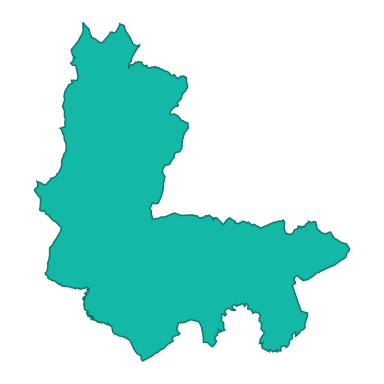 the district of Zipaquira, Cundinamarca, Colombia
{"feature_id": "7082276B49275138212053", "entity_name": "Zipaquira", "entity_type": "district", "adm_level": 2, "iso_a3": "COL", "parent_name": "Colombia", "parent_adm1": "Cundinamarca", "projection": "albers", "projection_center": [-74.018, 5.061], "detail": "fine", "context": "isolated", "style": "filled", "palette": "teal", "viewbox_px": 384, "rotation_deg": 0, "n_neighbors": 0, "source": "geoboundaries", "source_scale": "gbopen_adm2", "svg_char_len": 5882}
<svg xmlns="http://www.w3.org/2000/svg" viewBox="0 0 384 384"><path d="M310.3,222.6L308.6,221.3L308.2,222.6L306.4,223.6L304.1,227.1L303.4,227.2L303.0,226.3L301.3,227.9L300.7,226.5L299.5,227.1L298.9,226.2L298.0,226.3L297.8,228.6L294.3,230.0L292.9,233.2L289.6,234.6L287.1,233.5L286.3,233.8L285.1,231.5L284.1,228.8L284.6,221.9L283.2,220.0L281.3,221.1L279.0,221.0L275.0,222.5L274.5,222.1L260.8,228.1L253.8,224.3L252.4,225.4L248.2,222.1L247.1,223.1L246.2,222.2L242.6,221.2L240.7,222.9L240.3,222.4L238.2,223.7L235.2,223.0L235.4,221.7L229.4,217.8L226.4,220.3L223.4,224.7L216.5,217.7L214.7,217.8L213.6,220.0L212.9,219.3L212.9,218.1L209.3,215.2L207.1,216.1L206.1,215.6L203.0,217.9L202.0,217.3L200.1,218.4L196.6,215.7L194.1,215.6L192.8,214.9L181.7,215.5L174.3,213.0L165.0,217.0L161.2,217.0L157.9,218.5L152.3,219.1L152.0,215.7L151.2,214.9L151.3,210.9L149.8,209.0L152.4,202.9L155.2,203.8L157.3,203.5L158.4,202.7L161.3,196.1L163.2,189.4L163.5,183.1L165.0,176.5L162.6,173.3L162.5,169.8L164.8,165.4L168.6,164.7L169.9,163.8L172.2,159.4L174.0,157.7L174.5,154.1L175.4,152.7L179.2,151.9L180.8,150.0L181.9,147.6L182.1,141.6L184.3,133.4L188.3,127.8L187.9,122.9L185.8,122.6L183.4,120.9L181.2,120.2L178.6,116.6L175.5,114.4L173.1,114.0L170.8,114.8L170.0,114.2L170.2,111.8L171.1,110.4L175.1,106.4L177.3,106.2L178.3,105.5L177.2,102.8L181.1,98.8L182.5,93.9L185.3,91.1L187.7,87.0L186.3,80.6L186.4,77.7L183.6,76.0L180.7,76.4L178.0,78.6L175.4,76.5L174.6,74.9L173.9,74.7L173.0,75.6L170.9,75.2L169.0,72.7L167.1,71.4L164.1,71.0L162.6,69.3L161.7,69.6L158.7,67.7L156.3,67.8L156.2,67.0L155.0,66.5L154.1,67.4L152.5,67.0L150.0,67.9L147.6,67.5L146.6,65.3L145.1,66.0L142.8,65.0L141.8,62.4L140.1,61.8L137.8,61.7L136.5,62.7L135.6,62.2L133.4,64.5L129.8,65.2L128.6,68.8L129.0,63.3L131.2,61.2L132.0,57.1L137.2,48.3L139.2,46.4L139.6,45.0L136.5,46.1L133.0,44.1L129.6,36.7L125.0,30.0L124.3,25.7L119.7,23.8L119.9,25.1L116.1,31.7L114.2,33.0L112.1,32.1L110.5,32.3L108.6,35.6L102.1,42.8L99.2,42.2L95.7,39.3L91.2,37.2L91.4,36.1L90.3,34.7L88.9,28.9L85.1,25.6L83.8,23.3L82.9,23.0L83.2,31.3L82.1,34.1L77.6,42.1L71.2,49.9L72.6,55.4L74.9,57.4L73.2,58.1L73.4,59.7L72.5,62.0L71.1,62.5L70.8,63.5L72.9,65.3L74.8,65.2L75.9,65.8L78.1,76.6L77.2,80.5L71.6,80.2L71.4,81.0L72.7,82.9L68.8,84.9L65.1,91.2L64.1,95.7L64.1,97.5L64.9,98.7L62.6,106.5L64.6,111.3L64.4,116.3L65.5,119.3L64.8,122.7L65.2,126.6L60.3,128.3L61.3,128.8L61.9,131.2L63.0,132.2L62.5,133.5L64.0,135.2L64.3,139.8L65.8,142.7L66.4,147.6L65.4,152.3L63.6,154.5L63.7,156.0L61.7,160.2L61.7,165.9L58.8,172.6L56.9,174.1L56.1,176.2L53.9,177.6L50.6,178.5L50.3,180.6L48.2,181.7L47.3,183.8L43.9,184.8L41.4,183.1L37.1,181.5L37.8,183.6L37.8,186.7L35.2,188.8L34.5,190.5L38.5,196.2L40.2,197.5L40.6,201.9L39.8,210.2L42.4,211.5L44.3,210.2L46.0,214.0L48.1,215.0L53.6,221.1L54.9,221.1L61.4,227.7L60.4,231.6L56.5,238.3L53.5,242.6L52.8,244.7L49.6,247.9L49.6,255.4L48.8,260.3L47.8,262.4L47.8,267.9L46.6,272.2L45.2,273.1L45.5,274.6L47.8,275.9L47.9,277.9L48.4,278.4L52.6,280.7L54.5,280.7L58.4,284.0L59.5,284.4L60.8,284.0L61.0,285.3L61.7,285.9L70.2,286.9L71.9,287.8L73.6,287.7L74.9,288.7L78.2,287.9L78.8,288.8L81.5,289.1L82.5,288.2L83.8,288.4L87.4,287.3L89.1,288.5L88.6,289.3L87.4,289.1L87.0,289.5L87.2,290.3L88.9,291.1L88.0,292.7L86.8,292.1L86.4,293.4L85.3,292.8L84.9,293.4L86.0,294.9L87.2,294.6L84.6,296.7L85.3,299.1L84.4,299.4L83.4,297.6L82.8,298.7L84.4,301.1L83.9,303.4L84.6,304.3L83.7,305.3L84.3,305.8L84.7,309.4L88.6,312.0L88.0,312.7L87.5,311.8L86.8,312.7L87.1,314.2L88.4,314.7L87.7,314.8L87.8,315.8L89.3,316.7L90.5,316.4L90.6,315.5L91.9,316.1L92.0,316.6L90.8,317.8L91.3,318.3L92.9,317.1L92.5,318.7L91.7,319.5L93.2,319.5L93.9,318.8L94.0,320.1L96.9,320.8L97.4,322.1L99.1,322.5L99.6,321.9L101.9,323.1L102.9,322.1L107.3,324.7L108.1,324.6L108.0,323.8L109.2,324.7L109.3,325.3L111.6,326.2L113.0,332.2L115.4,334.5L116.8,334.4L118.9,335.8L124.1,336.9L129.9,340.4L134.6,350.4L137.3,353.7L141.0,355.8L141.4,359.4L142.5,361.0L152.3,355.8L155.1,353.4L157.7,352.4L159.4,350.6L164.1,348.1L167.0,344.8L173.1,341.1L172.1,337.8L174.5,336.1L178.5,334.9L179.9,333.4L178.7,332.9L177.2,330.4L177.0,328.1L178.0,325.0L177.9,323.0L184.8,322.4L189.8,319.9L192.3,320.0L199.0,321.8L201.5,326.8L203.2,336.0L203.5,342.4L207.4,342.4L211.8,346.5L213.0,346.5L216.2,342.1L216.0,340.2L214.5,337.8L215.7,336.2L217.5,335.4L217.0,333.5L219.1,332.4L218.2,329.4L219.0,329.2L221.0,331.9L222.8,330.6L224.8,330.1L223.7,328.2L223.6,322.7L221.0,320.4L221.8,317.0L221.5,314.4L223.5,313.8L224.2,315.5L225.1,315.8L226.2,314.4L224.9,312.5L224.8,311.4L226.2,309.3L228.1,308.1L232.5,310.4L235.3,310.3L235.3,309.8L233.0,308.9L232.0,306.8L232.1,306.1L234.8,304.4L235.4,304.4L235.8,305.6L236.8,306.2L237.7,305.2L239.6,305.1L241.7,303.7L242.9,303.7L244.7,306.3L245.5,305.6L245.5,303.6L246.5,303.2L248.1,305.3L247.8,309.0L250.7,309.4L252.3,311.6L252.8,313.3L254.9,312.2L256.7,312.2L258.9,313.5L260.5,315.6L259.4,317.9L259.1,320.6L261.6,323.5L261.0,329.0L264.0,332.1L264.2,333.4L260.5,338.6L259.5,343.5L263.7,342.4L261.6,344.4L262.2,348.0L269.2,351.7L269.3,349.6L273.0,351.9L274.0,350.8L277.2,351.7L276.5,350.0L276.9,349.5L278.8,350.9L280.8,351.0L280.7,347.5L281.4,346.5L284.8,345.6L286.3,347.4L287.6,346.5L289.1,343.7L289.7,340.2L292.2,338.6L292.0,335.1L294.4,332.4L295.2,332.0L295.9,332.6L295.5,336.2L297.0,335.3L298.8,332.9L299.8,332.8L300.4,330.5L302.4,330.1L304.4,328.4L305.1,327.2L304.7,324.9L305.6,321.2L307.4,316.7L307.5,313.0L301.2,311.3L298.1,302.7L292.5,285.8L293.0,284.4L294.9,283.8L295.5,282.9L295.3,281.7L294.2,281.0L294.1,277.9L297.3,275.5L300.9,279.1L302.1,279.0L302.7,280.5L307.4,279.7L314.2,275.3L316.3,273.0L319.3,272.4L320.3,271.1L323.5,270.3L324.4,269.4L335.0,264.8L340.7,260.4L345.0,258.1L346.1,256.3L346.7,253.5L349.4,250.1L349.5,248.9L346.7,244.1L341.0,242.4L336.4,239.3L334.5,238.7L330.5,232.2L329.6,232.1L325.6,234.0L322.1,233.0L317.1,228.8L315.7,222.0L314.6,221.6L310.3,222.6Z" fill="#14b8a6" stroke="#0f766e" stroke-width="1.5"/></svg>